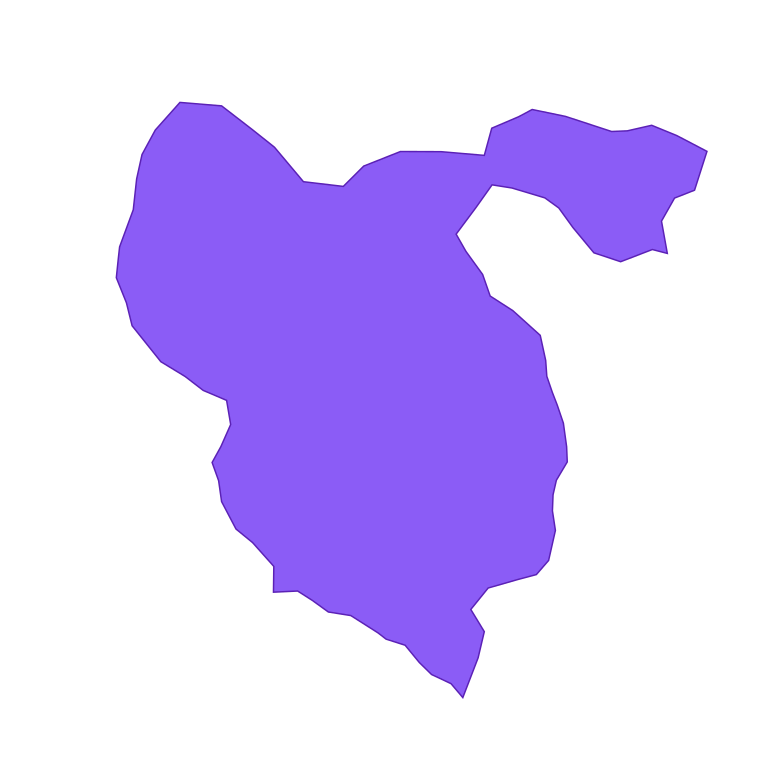 Exo Metochi, Cyprus, rotated 189°
{"feature_id": "46923920B63490584599042", "entity_name": "Exo Metochi", "entity_type": "district", "adm_level": 2, "iso_a3": "CYP", "parent_name": "Cyprus", "parent_adm1": "", "projection": "orthographic", "projection_center": [33.534, 35.206], "detail": "fine", "context": "isolated", "style": "filled", "palette": "violet", "viewbox_px": 768, "rotation_deg": 189, "n_neighbors": 0, "source": "geoboundaries", "source_scale": "gbopen_adm2", "svg_char_len": 1261}
<svg xmlns="http://www.w3.org/2000/svg" viewBox="0 0 768 768"><g transform="rotate(189 384 384)"><path d="M124.6,557.3L135.4,588.3L126.1,613.1L107.6,624.0L101.4,664.3L133.8,675.2L160.1,681.4L183.3,672.1L198.7,669.0L246.6,676.7L280.6,678.3L292.9,669.0L317.6,653.5L320.7,625.5L363.9,622.4L404.1,616.2L438.1,596.1L455.1,572.8L495.2,571.2L529.2,600.7L553.9,614.7L587.9,633.3L629.6,630.2L649.6,599.1L658.9,572.8L660.4,547.9L658.9,516.9L666.6,478.1L666.0,465.4L665.0,447.1L651.1,423.9L641.9,402.1L624.9,386.6L607.9,371.1L581.6,360.3L561.6,349.4L536.9,343.2L529.1,320.0L535.3,296.7L541.5,279.6L532.2,262.6L526.0,242.4L507.5,217.6L489.0,206.8L464.3,186.6L460.6,161.1L436.9,166.0L421.1,159.1L403.3,150.1L380.6,150.1L350.9,137.2L342.0,132.3L322.3,129.3L305.5,114.4L291.6,104.5L270.9,98.5L257.1,86.6L248.2,128.3L246.2,155.1L263.0,174.9L249.2,198.8L221.5,211.7L203.7,219.6L193.8,235.5L191.8,266.2L197.8,285.1L199.7,301.0L198.7,315.9L190.8,335.7L193.8,350.6L200.7,373.4L209.6,390.3L216.5,402.2L224.4,417.1L228.0,432.6L237.3,456.5L268.2,476.6L292.9,487.5L303.7,507.6L323.8,527.8L336.2,543.3L320.7,572.8L308.4,597.6L288.3,597.6L254.3,593.0L238.9,585.2L221.9,568.1L197.2,546.4L169.4,541.8L140.0,558.8L124.6,557.3Z" fill="#8b5cf6" stroke="#5b21b6" stroke-width="1.5"/></g></svg>